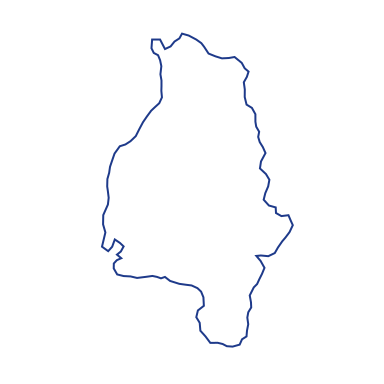 the district of Salmourão, São Paulo, Brazil, rotated 173°
{"feature_id": "56859067B58287059076320", "entity_name": "Salmourão", "entity_type": "district", "adm_level": 2, "iso_a3": "BRA", "parent_name": "Brazil", "parent_adm1": "São Paulo", "projection": "orthographic", "projection_center": [-50.877, -21.587], "detail": "fine", "context": "isolated", "style": "outline", "palette": "blue", "viewbox_px": 384, "rotation_deg": 173, "n_neighbors": 0, "source": "geoboundaries", "source_scale": "gbopen_adm2", "svg_char_len": 1850}
<svg xmlns="http://www.w3.org/2000/svg" viewBox="0 0 384 384"><g transform="rotate(173 192 192)"><path d="M192.2,40.0L184.9,39.2L180.1,37.4L176.2,34.7L170.5,33.6L163.3,34.7L160.3,39.7L155.5,42.0L154.3,47.7L152.3,53.9L152.4,60.6L150.8,65.8L147.3,70.2L146.9,75.3L147.3,82.3L142.3,89.8L138.6,92.7L135.9,97.1L132.5,102.2L129.3,107.9L132.3,115.2L135.9,120.7L131.4,120.6L124.1,119.0L117.3,121.3L113.4,126.5L108.4,132.1L104.8,135.4L100.0,140.4L96.0,146.8L97.5,151.6L99.1,157.2L106.2,157.2L111.2,160.9L110.8,166.5L117.3,169.2L121.8,175.6L119.4,181.9L115.7,188.3L113.7,194.7L116.4,200.8L121.7,207.1L119.8,213.9L114.3,221.7L116.2,227.9L118.7,233.3L119.6,238.6L118.0,243.6L120.3,249.0L120.5,254.0L119.6,261.5L122.3,268.2L127.2,272.1L128.1,279.8L127.1,287.4L127.2,294.6L123.5,299.6L121.2,304.6L124.6,308.3L126.9,314.1L133.3,320.8L139.1,320.5L146.0,321.0L152.2,323.8L158.7,327.4L162.3,334.7L164.6,338.6L169.2,342.8L176.2,347.7L182.6,350.4L185.8,346.0L191.0,343.5L195.5,339.1L201.4,337.2L205.1,347.2L213.0,348.2L214.7,339.6L213.0,334.7L209.0,331.9L207.6,326.7L207.1,320.6L209.0,312.7L208.7,306.4L209.4,300.7L210.1,296.1L210.3,289.6L213.7,284.1L218.5,280.7L222.6,277.7L227.6,272.4L232.1,267.3L236.6,260.9L241.0,254.3L246.9,249.9L252.3,247.3L258.1,246.2L264.2,239.6L268.1,231.6L270.3,227.0L271.9,221.1L274.4,215.2L275.5,207.8L275.4,203.3L275.4,196.4L277.0,189.8L282.9,179.9L284.2,170.7L282.9,162.4L288.0,148.7L282.4,143.5L277.9,147.4L274.4,154.3L269.7,150.2L266.5,146.3L269.9,141.6L274.1,139.0L270.3,134.9L274.9,133.5L278.3,130.6L279.0,125.7L276.3,119.3L270.1,116.9L263.3,115.7L257.0,113.4L248.1,113.4L241.5,113.5L237.1,112.0L233.3,110.1L229.2,111.0L224.6,106.4L215.8,102.4L209.4,100.7L203.8,99.3L198.3,95.9L195.1,92.0L193.5,86.1L194.1,77.6L200.6,73.7L203.0,67.2L200.3,61.2L200.6,53.3L196.2,47.0L192.2,40.0Z" fill="none" stroke="#1e3a8a" stroke-width="2"/></g></svg>